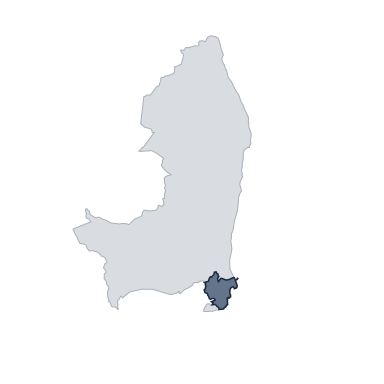 Piura highlighted on a map of Peru, rotated 216°
{"feature_id": "PER-567", "entity_name": "Piura", "entity_type": "Department", "adm_level": 1, "iso_a3": "PER", "parent_name": "Peru", "parent_adm1": "", "projection": "mercator", "projection_center": [-80.245, -5.271], "detail": "fine", "context": "in_parent", "style": "filled", "palette": "slate", "viewbox_px": 384, "rotation_deg": 216, "n_neighbors": 0, "source": "natural_earth", "source_scale": "10m", "svg_char_len": 7172}
<svg xmlns="http://www.w3.org/2000/svg" viewBox="0 0 384 384"><g transform="rotate(216 192 192)"><path d="M267.8,115.2L267.7,116.2L266.4,116.7L265.3,116.0L263.7,116.2L261.2,113.9L255.2,114.3L252.6,116.9L248.7,117.5L244.4,118.7L239.5,119.2L231.9,123.5L230.2,125.2L226.7,127.7L223.9,128.6L222.5,136.3L219.8,140.8L218.7,143.3L220.2,147.0L220.1,148.8L218.6,150.3L217.3,150.5L214.7,152.1L210.8,155.5L210.1,158.1L211.4,161.6L210.9,162.0L207.7,162.6L207.8,164.6L207.2,165.3L209.9,168.1L211.4,168.8L211.5,169.5L211.2,170.2L210.6,170.5L210.6,171.1L212.5,173.2L214.0,177.3L216.8,179.3L216.8,180.7L217.7,182.0L219.2,183.0L222.6,187.1L222.6,189.1L219.1,193.5L225.0,193.5L231.5,195.0L232.4,195.7L233.2,197.7L233.3,199.0L234.6,200.1L234.5,202.5L243.1,202.6L248.7,201.9L257.7,194.5L259.1,193.9L258.4,195.5L258.3,196.7L258.7,198.0L257.7,199.8L257.6,217.9L259.2,216.9L261.4,218.6L262.9,218.7L267.8,216.7L273.6,217.0L287.0,240.8L285.8,242.4L285.9,243.6L284.2,244.7L282.6,246.6L282.5,256.1L281.1,259.0L281.9,260.5L282.6,263.5L283.9,265.3L284.2,266.5L284.1,267.0L282.2,268.0L282.1,269.7L278.7,273.1L278.1,275.4L276.9,276.2L276.6,278.8L279.7,283.1L277.7,285.6L275.9,289.4L279.0,297.3L280.2,298.4L281.6,298.4L283.6,299.1L284.6,300.2L282.2,301.7L281.8,302.4L282.0,305.0L279.3,307.0L275.7,312.0L274.7,312.3L272.9,313.8L272.6,314.5L272.9,315.3L274.4,316.7L274.6,318.6L272.0,320.8L270.2,321.1L269.5,321.7L270.2,324.8L270.2,326.2L269.7,327.8L268.4,329.6L264.5,331.5L261.0,331.8L255.0,327.2L253.1,325.3L247.2,321.4L246.2,317.3L244.2,315.3L240.6,313.8L237.7,311.6L235.5,310.7L230.2,306.0L225.3,304.6L216.2,299.7L211.3,298.1L205.0,293.6L201.6,292.4L198.9,290.3L190.6,285.8L189.3,284.4L188.0,282.2L186.2,280.8L184.2,277.8L181.1,276.0L178.1,273.7L174.5,267.4L172.8,265.9L172.7,263.1L171.5,261.8L173.3,260.8L174.4,256.4L173.8,254.2L169.6,248.2L168.8,245.7L165.8,241.2L164.7,238.4L162.2,236.4L161.2,234.7L159.8,234.0L159.8,231.9L158.8,227.9L157.5,225.9L152.6,222.1L152.2,218.1L151.1,215.2L144.3,203.8L140.4,192.9L137.1,186.8L135.8,183.3L135.7,181.4L133.2,178.2L131.9,175.2L126.4,169.6L123.3,163.2L122.8,161.4L120.7,157.9L117.2,153.4L115.4,151.6L104.9,146.1L99.9,142.7L99.4,140.9L99.6,139.9L100.7,139.0L102.2,139.7L103.1,139.4L103.8,138.2L103.9,136.3L102.9,133.9L99.6,129.2L100.5,127.1L97.0,121.7L97.8,116.5L98.6,115.2L103.7,109.9L105.1,107.6L107.3,106.2L109.5,104.1L112.2,102.4L113.0,103.0L113.8,105.8L113.7,107.7L114.4,109.8L112.5,111.7L110.5,111.3L109.7,111.8L109.4,112.7L109.8,114.1L110.3,114.7L111.8,114.8L109.8,117.6L109.9,118.1L111.3,118.6L112.7,117.9L114.1,116.3L115.0,116.1L120.1,118.8L122.5,118.5L124.4,119.8L124.6,121.7L127.1,125.6L131.0,126.6L131.6,126.2L132.5,124.8L133.3,124.6L133.5,122.4L136.8,120.1L137.3,118.5L136.8,117.4L136.9,116.6L138.9,111.5L139.5,110.9L140.1,109.3L140.8,108.3L141.9,102.6L142.9,102.6L143.7,104.0L144.7,103.6L144.2,102.3L144.4,101.9L148.0,97.3L149.2,96.3L167.0,90.0L175.8,83.6L183.6,74.5L186.0,65.4L186.9,66.1L188.4,65.8L187.9,62.2L188.3,60.4L188.2,59.9L185.8,57.7L184.8,55.3L182.7,53.9L182.8,53.4L185.0,53.9L187.1,53.7L188.8,52.2L190.1,52.3L193.0,54.4L195.1,54.5L195.8,56.0L197.9,57.1L200.9,60.3L202.3,63.7L202.2,64.3L203.5,66.1L206.4,67.0L209.2,69.5L212.2,70.3L213.6,72.6L214.4,73.3L214.8,74.6L214.3,76.2L214.7,77.0L217.0,78.3L218.8,78.4L219.2,79.0L220.3,82.8L219.6,84.7L219.9,85.8L222.4,86.7L223.1,87.5L225.0,87.7L227.8,86.9L231.3,88.0L233.9,87.6L235.2,87.3L236.4,86.5L237.5,86.5L240.2,84.1L240.9,83.9L243.8,84.9L246.3,86.6L249.3,86.3L250.5,85.3L252.7,84.7L256.7,86.7L257.5,87.7L258.6,87.9L262.8,89.9L263.6,90.7L265.8,91.5L266.3,92.1L266.1,92.9L256.2,108.4L259.3,109.6L262.1,108.9L263.6,109.9L264.7,112.4L267.0,114.1L267.8,115.2Z" fill="#d9dde1" stroke="#a8b0b8" stroke-width="1"/><path d="M109.4,112.6L109.4,112.9L109.5,113.1L109.7,113.4L109.8,113.6L109.8,113.8L109.7,114.1L110.0,114.9L110.6,114.9L111.2,114.7L111.9,114.6L111.7,115.0L109.8,117.6L109.7,117.9L109.8,118.2L110.0,118.4L110.7,118.7L111.0,118.8L111.3,118.8L111.5,118.7L112.1,118.4L113.3,117.5L113.5,117.2L113.8,116.5L113.9,116.2L114.0,116.1L114.3,116.0L114.9,115.9L115.0,115.9L115.1,116.1L115.3,116.2L115.6,116.2L115.9,116.3L116.2,116.5L116.7,117.1L117.0,117.3L117.4,117.5L117.8,117.5L118.1,117.6L118.5,117.7L118.9,118.0L119.2,118.5L119.6,118.9L120.2,118.9L121.2,118.6L121.7,118.3L122.2,118.3L122.6,118.5L123.4,119.2L123.5,119.3L123.8,119.5L124.2,119.5L124.5,119.7L124.6,119.8L124.5,120.0L124.2,120.6L124.2,121.0L124.6,121.6L124.8,122.5L125.2,123.2L125.2,123.3L125.2,123.5L125.3,123.9L125.6,124.1L125.9,124.2L126.2,124.4L126.3,124.5L126.4,124.8L126.4,125.0L126.6,125.1L126.9,125.2L127.0,125.3L127.2,125.6L127.3,125.9L127.6,126.1L127.9,126.2L128.6,126.2L128.2,126.6L128.1,126.8L128.0,127.1L128.0,127.4L127.8,127.4L127.6,127.5L127.2,128.2L127.0,128.4L126.8,128.6L126.4,129.1L126.3,129.3L126.3,129.5L126.6,130.4L126.6,130.6L126.7,130.8L126.6,131.2L126.7,131.4L126.8,131.5L127.1,131.7L127.2,131.9L127.3,134.0L127.2,134.3L126.9,134.2L126.7,134.2L126.4,134.2L126.2,134.2L126.0,134.7L126.0,134.9L126.0,135.0L126.1,135.4L126.1,135.5L126.1,135.8L126.0,136.7L125.8,137.7L125.8,137.9L125.9,138.1L126.1,138.5L126.1,139.1L126.2,139.4L126.3,139.4L126.4,139.6L126.6,139.8L126.8,140.4L126.6,140.6L126.3,140.8L126.1,140.9L125.6,141.5L125.3,141.6L125.1,141.2L124.9,141.1L124.2,140.8L123.8,140.8L123.5,140.9L123.1,140.9L122.7,140.9L122.4,140.7L122.2,140.3L122.1,140.1L122.0,139.9L121.8,139.8L121.6,139.7L121.4,139.6L121.0,139.6L120.8,139.5L120.6,139.4L120.5,139.1L120.5,138.9L120.7,138.5L120.8,138.4L120.9,138.1L120.7,137.8L120.5,137.5L120.4,137.4L120.3,137.2L120.1,136.7L119.9,136.5L119.0,135.9L118.3,135.2L117.9,135.0L117.7,135.4L117.9,136.8L118.0,138.4L117.9,138.9L117.8,139.1L117.7,139.2L117.2,139.6L112.5,140.9L112.3,141.0L112.2,141.2L110.3,143.3L110.1,143.7L110.0,143.9L109.8,144.5L109.7,144.7L108.5,146.6L108.0,147.2L107.6,147.5L106.2,146.8L105.2,146.3L104.3,145.4L103.2,144.7L101.9,143.9L100.6,142.9L100.1,142.3L99.8,141.4L99.8,140.8L99.8,140.2L100.1,139.8L100.2,139.5L100.3,139.4L100.6,139.4L100.8,139.0L100.8,138.8L101.0,138.6L101.5,139.1L101.9,139.3L102.5,139.5L103.0,139.5L103.5,139.0L104.1,137.9L104.2,136.5L103.9,135.4L103.1,133.7L102.6,133.2L101.3,131.8L101.0,131.5L100.7,131.4L100.5,131.5L100.1,131.2L99.8,130.7L99.4,130.3L99.1,129.8L99.2,129.7L99.3,129.6L99.5,129.5L99.6,129.2L99.4,128.9L99.4,128.7L99.6,128.6L99.6,128.3L99.5,128.0L99.6,127.8L99.9,127.8L100.1,127.7L100.4,127.9L100.8,127.9L101.1,127.6L101.1,127.0L100.8,126.3L100.3,125.8L99.8,125.5L99.5,124.9L99.2,124.5L98.7,123.8L97.5,122.5L97.0,121.9L97.1,121.7L97.3,121.6L97.5,121.3L97.5,121.0L97.3,120.7L97.5,119.9L97.5,119.7L97.4,119.4L97.2,119.1L97.1,118.8L97.2,118.6L97.4,118.5L97.5,118.4L97.7,118.1L97.9,117.6L97.9,117.3L97.7,116.4L97.7,116.1L97.9,115.8L98.1,115.4L98.3,115.2L99.6,114.3L99.9,114.0L100.2,113.5L100.4,113.3L100.7,113.2L101.0,113.1L101.1,112.9L102.1,113.8L102.4,114.0L103.2,114.2L104.4,114.1L104.8,114.1L105.3,114.3L106.7,114.8L106.9,114.8L107.0,114.8L107.2,114.7L107.5,114.3L109.4,112.6L109.4,112.6ZM104.4,147.6L104.3,147.9L104.3,148.1L104.5,148.3L104.5,148.5L104.5,149.0L104.3,149.0L104.1,149.0L104.1,148.8L104.1,148.7L104.0,148.3L104.1,148.2L104.3,147.5L104.4,147.6Z" fill="#64748b" stroke="#1e293b" stroke-width="1.5"/></g></svg>